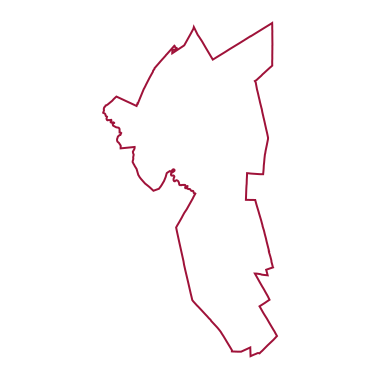 Deta, Timis, Romania (Natural Earth projection), rotated 88°
{"feature_id": "2599482B38114576431815", "entity_name": "Deta", "entity_type": "district", "adm_level": 2, "iso_a3": "ROU", "parent_name": "Romania", "parent_adm1": "Timis", "projection": "natural_earth1", "projection_center": [21.242, 45.402], "detail": "fine", "context": "isolated", "style": "outline", "palette": "rose", "viewbox_px": 384, "rotation_deg": 88, "n_neighbors": 0, "source": "geoboundaries", "source_scale": "gbopen_adm2", "svg_char_len": 5985}
<svg xmlns="http://www.w3.org/2000/svg" viewBox="0 0 384 384"><g transform="rotate(88 192 192)"><path d="M300.0,195.5L301.3,194.6L305.7,190.9L306.6,190.0L307.4,189.3L309.9,187.1L314.9,182.8L316.7,181.2L318.9,179.4L320.3,178.0L321.0,177.6L321.3,177.5L321.4,177.4L322.5,176.5L328.5,171.3L330.2,170.0L330.6,169.7L332.4,168.4L333.7,167.6L333.8,167.6L335.0,166.9L336.8,165.8L340.9,163.5L342.4,162.7L347.2,160.0L350.1,158.4L351.6,157.6L352.7,157.7L352.8,156.9L353.1,152.8L353.3,148.9L353.3,148.5L353.0,147.8L352.0,145.4L350.8,142.5L349.4,139.2L354.5,139.2L358.1,139.2L356.8,136.0L355.8,133.2L355.4,132.4L355.3,131.8L355.3,131.5L355.4,130.8L355.4,130.4L355.6,130.1L354.4,128.9L353.1,127.3L350.9,125.0L347.8,121.7L344.8,118.3L342.7,115.9L338.9,112.1L335.8,113.7L334.3,114.4L332.6,115.4L330.6,116.5L327.5,118.2L325.1,119.5L321.1,121.6L317.7,123.6L315.6,124.8L313.9,125.7L310.6,127.4L309.3,128.1L308.6,128.5L305.3,122.9L304.0,120.9L302.4,118.3L299.0,119.8L294.2,122.3L292.0,123.4L288.4,125.4L284.2,127.6L279.5,130.0L275.7,132.0L275.8,130.2L276.3,127.6L276.5,126.5L276.7,125.9L277.0,125.3L277.3,123.6L277.9,119.3L274.4,120.1L272.3,120.6L271.1,116.8L270.2,113.7L270.0,113.8L267.6,114.3L264.7,115.0L263.1,115.1L262.2,115.3L259.5,115.9L254.6,117.2L253.7,117.3L253.7,117.1L251.2,117.6L250.8,117.7L243.9,119.2L241.1,119.7L236.3,120.8L234.2,121.2L232.8,121.5L231.4,121.9L228.4,122.7L227.9,122.7L225.8,123.2L222.7,123.9L218.1,125.1L215.8,125.7L214.1,126.1L207.3,127.9L204.4,128.6L202.2,129.1L202.0,132.5L201.9,134.9L201.8,136.9L201.7,138.4L196.3,138.0L190.5,137.6L187.3,137.3L185.9,137.1L181.3,136.8L178.0,136.5L175.1,136.3L175.3,134.6L175.6,132.8L176.4,125.1L176.6,123.0L176.7,120.3L174.6,120.0L171.3,119.6L167.8,119.3L165.1,118.9L161.0,118.4L156.9,117.8L156.0,117.5L153.4,117.0L147.7,115.6L143.0,114.5L141.7,114.2L140.4,114.1L135.7,114.9L135.2,115.0L132.7,115.5L127.4,116.5L124.1,117.1L121.0,117.7L119.7,118.0L118.4,118.2L117.5,118.4L114.3,119.0L112.7,119.2L111.0,119.5L110.8,119.6L109.3,119.9L107.0,120.4L104.7,120.9L102.4,121.3L99.5,121.9L96.3,122.5L94.3,122.9L91.6,123.5L90.2,123.7L84.8,124.5L84.7,124.5L83.3,125.3L82.7,124.2L82.4,123.6L81.4,122.5L79.8,120.6L78.2,118.7L76.8,117.3L76.0,116.3L72.4,112.1L70.2,109.5L69.2,108.2L68.7,107.7L68.5,107.4L64.1,107.3L61.6,107.1L57.9,107.0L56.4,106.9L53.6,106.8L52.4,106.7L48.8,106.6L48.4,106.6L48.2,106.5L43.5,106.4L39.8,106.3L35.8,106.2L34.9,106.1L33.2,106.1L32.1,106.1L31.9,106.1L31.5,106.1L31.2,106.1L28.9,106.0L27.2,106.0L25.9,106.0L26.7,107.3L30.1,113.3L38.5,128.0L38.4,128.2L39.3,129.7L44.7,139.0L50.6,149.5L53.5,154.4L60.4,166.6L48.0,173.4L41.8,176.7L37.0,179.6L35.2,180.8L27.2,184.4L28.9,184.9L33.7,187.7L45.1,194.6L45.6,195.3L51.4,204.8L52.7,206.9L52.1,206.9L51.2,206.8L50.3,206.6L49.8,206.3L49.6,206.1L49.4,205.7L49.2,205.4L49.2,205.2L49.2,204.9L49.2,204.4L49.2,203.9L49.1,203.4L48.8,202.7L48.4,202.2L47.7,202.2L47.4,202.5L47.4,202.8L47.3,203.1L47.1,203.5L46.9,203.7L46.4,203.9L46.1,204.0L45.5,204.2L45.2,204.5L53.6,212.5L54.1,213.1L54.7,213.5L60.1,218.7L67.1,225.2L67.5,225.2L68.1,225.5L69.1,226.4L69.6,226.7L70.2,226.8L70.5,226.9L74.3,229.2L76.3,230.4L83.3,234.3L84.5,234.9L86.8,236.2L87.4,236.6L101.8,243.1L101.6,243.4L104.1,244.4L101.0,250.4L99.1,254.2L97.3,257.7L94.0,264.2L94.9,265.3L96.5,267.1L98.0,268.5L101.6,273.2L102.3,274.4L102.5,275.3L103.0,275.5L103.6,275.9L103.9,276.4L104.9,277.0L106.1,277.3L106.6,277.2L107.1,277.1L107.6,277.2L109.7,278.0L110.6,276.4L111.3,275.9L113.0,275.5L113.5,274.7L113.8,274.3L115.7,274.9L116.2,274.8L117.2,274.3L117.4,273.8L117.2,273.1L117.2,272.6L117.3,271.8L117.2,271.1L117.1,270.5L117.1,270.2L117.5,270.1L118.0,270.2L118.4,270.5L118.9,270.8L119.5,270.8L119.9,269.9L120.0,269.5L119.6,268.6L119.6,268.3L119.8,267.9L120.1,267.4L120.3,267.4L120.8,268.4L121.2,268.9L122.8,268.6L123.1,268.2L124.7,265.5L124.9,264.5L125.1,263.5L125.2,263.1L125.5,262.8L125.9,262.5L126.6,262.2L130.0,262.3L130.1,261.9L130.1,261.3L130.3,261.0L130.6,260.7L132.5,261.6L132.6,262.4L133.9,264.0L134.2,264.2L134.9,264.4L136.4,265.0L137.3,265.1L138.3,265.0L139.1,264.7L140.4,263.3L142.9,261.8L143.5,261.6L145.0,261.8L145.9,261.8L145.0,247.8L145.3,247.8L145.9,247.8L146.9,248.1L147.4,248.3L148.0,248.7L148.6,249.1L149.2,249.4L149.8,249.7L151.1,249.5L152.0,249.2L152.5,249.0L152.9,249.0L154.8,249.5L155.7,249.6L156.5,249.5L157.2,249.6L158.0,249.8L158.8,250.1L159.9,250.3L162.1,249.3L162.4,249.1L162.7,248.9L163.2,248.7L163.5,248.6L165.3,247.6L167.0,246.6L173.0,245.1L174.2,244.4L175.2,243.9L176.9,242.7L179.0,241.0L181.9,238.6L184.8,235.2L186.0,233.9L186.8,233.1L189.4,230.5L187.6,224.9L186.3,223.9L185.8,223.4L184.0,222.1L180.1,219.6L176.1,217.8L172.6,216.7L172.2,216.5L171.2,215.0L170.3,213.4L170.8,212.7L170.3,211.6L169.6,211.0L169.2,210.8L168.9,210.4L168.7,209.8L168.7,209.5L169.0,209.0L169.2,208.8L169.7,208.7L170.1,208.8L170.4,209.0L171.2,210.1L171.7,211.0L172.1,211.7L172.8,212.2L173.9,212.4L174.7,212.1L175.0,211.3L174.8,210.5L174.8,210.1L174.9,209.8L175.3,209.4L175.7,209.2L176.0,209.1L176.7,209.3L177.4,209.7L178.4,210.0L179.6,210.0L180.5,209.5L180.7,208.8L180.1,208.0L179.8,207.3L179.7,207.1L179.8,206.7L180.2,206.0L180.6,205.5L181.0,205.2L181.6,205.0L182.2,204.8L182.7,204.6L183.5,204.6L184.4,204.3L184.7,203.8L184.7,203.0L184.8,202.3L184.6,201.9L184.6,200.7L184.6,200.3L184.7,200.0L184.6,199.6L184.7,199.0L184.8,198.6L185.2,198.4L185.7,198.3L186.1,198.2L187.1,198.7L187.9,198.5L188.0,197.8L187.0,197.3L186.4,196.9L186.0,196.7L185.9,196.5L186.0,196.3L186.5,196.4L187.3,196.6L188.3,196.6L188.7,196.1L189.0,195.0L188.9,194.5L188.9,194.2L189.2,193.8L190.1,193.2L190.6,192.9L190.9,192.3L190.9,191.3L191.0,190.9L191.3,190.7L191.8,190.5L192.9,190.3L193.7,189.6L193.4,188.8L193.0,188.3L197.0,190.7L198.4,191.4L206.3,196.2L208.8,197.7L209.8,198.4L211.6,199.7L212.4,200.3L215.4,202.1L217.2,203.1L221.6,205.8L223.8,207.2L224.7,207.8L225.9,208.5L226.9,209.1L231.1,208.4L242.7,206.3L261.0,202.9L264.3,202.5L270.1,201.4L277.6,199.9L282.1,199.0L293.6,196.8L296.9,196.1L300.0,195.5Z" fill="none" stroke="#9f1239" stroke-width="2"/></g></svg>